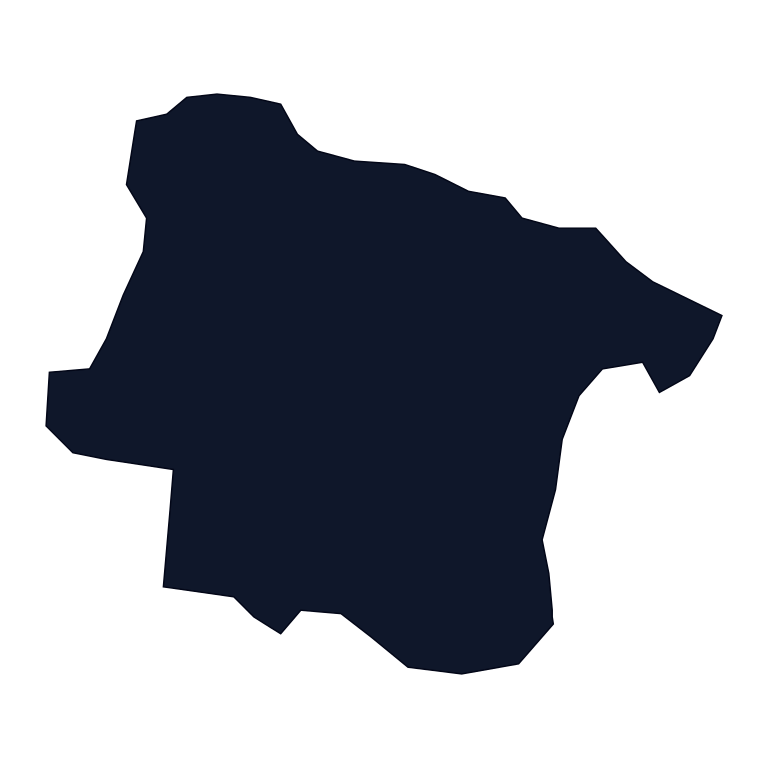 outline of Gwangsan-gu, South Jeolla, South Korea, rotated 270°
{"feature_id": "91817680B16538338684661", "entity_name": "Gwangsan-gu", "entity_type": "district", "adm_level": 2, "iso_a3": "KOR", "parent_name": "South Korea", "parent_adm1": "South Jeolla", "projection": "mercator", "projection_center": [126.761, 35.15], "detail": "fine", "context": "isolated", "style": "filled", "palette": "ink", "viewbox_px": 768, "rotation_deg": 270, "n_neighbors": 0, "source": "geoboundaries", "source_scale": "gbopen_adm2", "svg_char_len": 862}
<svg xmlns="http://www.w3.org/2000/svg" viewBox="0 0 768 768"><g transform="rotate(270 384 384)"><path d="M452.4,721.9L486.2,652.7L506.3,625.9L530.1,604.5L539.8,595.7L539.8,558.9L549.9,522.0L570.0,505.2L576.7,468.4L593.5,434.9L603.5,404.7L606.9,354.4L616.9,317.5L633.7,297.4L663.8,280.7L670.6,250.5L673.9,217.0L670.6,186.8L653.8,166.7L647.1,136.6L637.3,135.0L583.4,126.5L549.9,146.6L516.4,143.3L472.8,123.2L429.2,106.4L399.1,89.6L395.7,49.4L342.1,46.1L315.3,72.9L308.6,106.4L298.5,173.4L258.3,170.1L181.2,163.4L171.2,233.8L151.1,253.9L140.3,271.0L134.3,280.7L157.8,300.8L154.4,341.0L131.0,371.2L100.8,408.0L94.1,461.7L104.2,518.6L144.0,553.3L151.1,552.2L157.8,552.2L194.6,548.8L228.2,542.1L278.4,555.5L328.7,562.2L372.3,579.0L399.1,602.4L405.8,642.6L375.6,659.4L392.4,689.6L429.2,713.0L452.4,721.9Z" fill="#0f172a" stroke="#020617" stroke-width="1.5"/></g></svg>